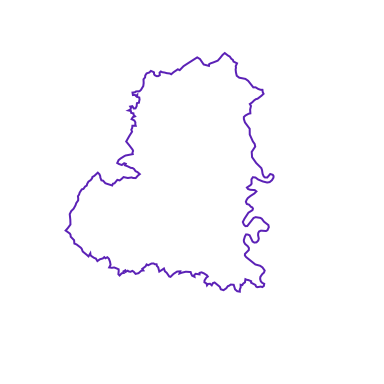 Manoel Viana, Rio Grande do Sul, Brazil, rotated 227°
{"feature_id": "56859067B66108959804614", "entity_name": "Manoel Viana", "entity_type": "district", "adm_level": 2, "iso_a3": "BRA", "parent_name": "Brazil", "parent_adm1": "Rio Grande do Sul", "projection": "albers", "projection_center": [-55.572, -29.43], "detail": "fine", "context": "isolated", "style": "outline", "palette": "violet", "viewbox_px": 384, "rotation_deg": 227, "n_neighbors": 0, "source": "geoboundaries", "source_scale": "gbopen_adm2", "svg_char_len": 4838}
<svg xmlns="http://www.w3.org/2000/svg" viewBox="0 0 384 384"><g transform="rotate(227 192 192)"><path d="M286.9,287.6L289.1,275.7L289.8,271.6L289.5,266.1L291.4,265.3L292.2,260.1L292.3,257.1L293.8,256.6L296.1,254.6L298.1,253.4L300.1,251.8L301.4,251.4L301.4,249.7L299.4,248.1L299.8,246.3L300.9,245.1L302.9,244.4L304.2,244.7L305.4,245.8L306.6,245.4L308.6,244.5L308.5,242.3L309.7,239.7L309.1,237.3L307.8,235.8L307.5,233.4L304.6,230.9L302.7,228.6L302.1,226.4L301.5,224.4L301.5,222.3L303.7,219.7L303.9,218.2L305.3,216.3L303.2,214.9L301.9,216.5L300.4,216.5L300.4,218.2L299.0,216.7L297.1,217.9L295.4,216.7L294.4,215.2L293.5,214.1L294.5,212.3L292.5,210.0L291.7,207.7L292.7,206.4L295.5,206.9L296.6,205.1L295.2,204.8L294.3,203.3L295.0,201.1L292.9,202.5L291.3,201.5L289.5,202.8L288.3,201.9L286.2,201.9L287.1,199.8L286.5,197.5L283.7,198.6L281.6,198.1L280.2,196.7L278.8,196.0L281.1,193.6L279.6,191.9L278.9,190.1L277.0,189.3L275.8,184.7L274.9,181.8L273.8,178.3L269.2,178.0L263.4,177.4L262.2,176.9L261.3,175.2L260.1,174.5L264.0,168.3L264.4,166.9L265.2,162.7L265.4,160.1L264.2,157.1L262.2,157.7L259.6,159.1L259.3,162.0L257.8,162.8L257.2,161.2L254.8,162.4L251.4,163.7L250.0,164.9L248.3,165.3L245.7,164.9L243.8,165.7L240.7,166.0L240.9,163.8L240.6,160.3L242.4,158.5L243.9,157.7L246.0,154.6L249.6,152.1L249.6,149.1L249.8,147.0L251.8,145.7L251.2,141.2L252.0,139.8L251.2,138.1L256.0,135.4L257.5,134.6L260.9,134.7L262.3,133.7L265.1,134.8L266.2,135.7L268.1,136.4L270.4,136.3L270.4,131.6L270.9,129.4L270.1,128.1L269.8,125.9L270.2,123.3L269.4,120.8L268.5,119.4L268.9,117.5L268.3,114.7L269.1,113.2L268.2,109.5L267.1,107.6L266.7,105.7L264.9,104.4L263.5,103.0L262.8,99.7L261.7,97.7L260.5,94.0L260.4,90.6L259.2,87.5L254.6,84.0L251.1,80.9L250.3,76.6L250.0,73.3L245.0,74.3L243.6,74.0L242.0,72.8L237.2,72.9L234.5,70.8L232.4,71.8L227.0,72.7L225.7,72.6L223.0,71.5L217.8,72.2L215.5,72.4L216.5,75.8L214.8,74.6L212.9,74.9L210.5,75.5L208.9,76.3L206.0,75.7L205.6,78.8L204.2,81.5L204.2,83.4L202.6,83.5L202.0,85.6L199.9,85.7L197.0,84.5L194.3,82.8L193.3,80.0L191.2,81.7L189.9,83.6L187.4,84.8L185.5,85.6L184.2,84.5L182.1,82.1L180.3,82.1L180.5,85.1L179.3,86.9L180.7,87.7L180.2,89.8L178.8,89.1L178.3,91.3L176.9,91.6L175.6,92.6L175.0,94.6L173.3,95.0L170.6,94.9L169.1,97.5L169.0,101.3L167.8,102.9L169.7,103.2L169.3,107.4L170.0,109.4L168.3,110.0L167.3,113.6L165.9,115.2L164.6,115.5L163.3,116.8L161.9,115.9L160.0,115.9L156.1,113.8L155.5,117.1L155.2,119.3L152.5,118.1L150.3,118.4L147.5,118.0L145.8,117.7L144.6,118.4L144.7,122.7L144.4,124.4L144.0,126.8L142.0,129.3L140.9,127.3L140.0,129.4L137.9,133.1L134.4,136.4L132.4,135.5L130.7,135.0L128.3,136.0L129.7,136.9L129.7,138.9L126.6,141.3L127.7,142.4L126.7,144.2L124.2,145.3L120.9,146.1L119.4,145.9L119.6,144.1L118.8,140.9L117.5,139.5L115.2,140.2L113.5,139.3L113.8,141.0L112.6,142.6L110.3,142.8L111.1,145.2L110.4,146.8L103.7,147.7L101.2,146.7L98.7,148.1L98.2,151.4L98.7,154.0L98.1,155.4L97.9,157.2L95.7,159.2L91.4,157.1L88.6,157.4L86.5,159.0L88.1,160.5L89.1,162.6L91.0,164.3L89.6,165.3L90.1,166.9L89.8,169.1L91.8,171.6L90.4,172.2L89.1,173.2L86.4,174.4L85.4,173.4L83.9,173.9L80.8,175.0L79.2,174.4L77.9,174.8L75.9,177.8L74.5,178.6L74.3,180.5L75.6,182.2L77.6,181.4L79.7,181.4L81.9,182.5L83.3,184.1L84.0,187.2L84.0,189.7L85.0,191.6L88.8,192.1L91.6,191.5L95.8,188.9L107.5,187.2L109.5,187.4L110.6,188.5L110.8,193.9L112.2,195.4L114.2,195.8L117.9,195.4L120.1,196.0L121.5,197.1L123.4,200.4L124.1,202.6L122.8,203.8L121.0,204.6L114.4,202.5L112.5,203.1L111.2,204.8L111.3,207.3L112.3,209.0L115.4,210.9L116.8,212.4L117.4,214.1L116.7,216.1L113.0,219.5L112.6,221.1L113.9,224.2L115.8,225.3L121.2,224.4L124.9,224.8L126.5,224.3L130.2,221.4L131.0,219.3L129.4,209.2L130.6,207.8L132.7,207.7L135.4,208.7L136.7,212.2L138.4,219.2L137.5,223.8L138.2,225.2L139.6,225.6L141.0,225.0L143.8,225.1L145.9,223.9L148.1,224.7L149.0,226.6L149.5,228.7L149.2,232.1L148.4,236.6L148.5,239.5L150.6,239.2L153.9,236.1L156.0,235.0L157.8,235.2L157.1,239.6L157.4,241.2L160.7,244.1L161.3,246.6L159.3,248.3L156.0,248.9L151.4,251.0L147.7,253.4L146.3,255.5L146.1,258.5L146.9,261.3L148.0,262.5L149.5,262.8L151.8,261.5L151.3,256.9L153.0,255.2L154.5,255.1L157.1,256.0L160.2,258.1L162.2,259.0L169.4,258.7L176.5,259.7L180.6,263.0L182.1,269.2L184.4,270.6L187.5,271.0L194.6,273.4L198.9,277.3L206.8,278.2L210.0,279.7L211.5,281.1L211.5,283.3L210.6,286.8L209.7,288.3L212.7,290.8L214.7,293.8L216.9,294.3L216.5,296.9L216.6,300.1L216.3,302.1L215.5,303.5L215.0,308.5L215.0,311.3L216.9,311.9L218.7,313.2L220.1,311.8L222.2,310.7L225.2,309.9L226.7,308.2L235.0,308.9L238.3,308.2L243.4,304.5L246.5,304.0L249.5,305.7L252.0,307.6L252.8,308.8L254.2,309.8L255.4,312.7L259.1,311.3L260.8,312.0L262.5,311.6L265.3,312.0L267.1,311.4L271.3,310.7L271.4,307.9L270.8,303.8L270.5,300.4L272.3,295.8L273.4,293.4L273.8,291.7L272.7,290.4L277.3,287.5L283.8,288.5L286.9,287.6Z" fill="none" stroke="#5b21b6" stroke-width="2"/></g></svg>